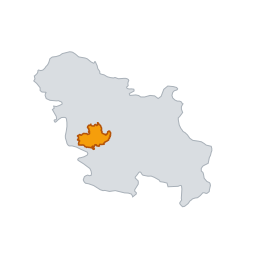 Republic of Serbia, with Kolubarski highlighted, rotated 339°
{"feature_id": "SRB-837", "entity_name": "Kolubarski", "entity_type": "District", "adm_level": 1, "iso_a3": "SRB", "parent_name": "Republic of Serbia", "parent_adm1": "", "projection": "orthographic", "projection_center": [19.93, 44.309], "detail": "fine", "context": "in_parent", "style": "filled", "palette": "amber", "viewbox_px": 256, "rotation_deg": 339, "n_neighbors": 0, "source": "natural_earth", "source_scale": "10m", "svg_char_len": 7614}
<svg xmlns="http://www.w3.org/2000/svg" viewBox="0 0 256 256"><g transform="rotate(339 128 128)"><path d="M141.5,98.3L147.1,99.9L149.6,101.5L151.0,103.6L154.6,105.0L160.3,105.5L164.4,107.6L166.7,111.3L170.3,110.3L175.3,104.7L180.2,103.1L185.2,105.6L187.9,107.6L188.4,109.3L187.3,110.0L184.6,109.8L182.4,110.9L180.7,113.4L180.5,116.0L181.8,118.7L183.6,120.5L185.9,121.5L187.2,122.9L187.4,124.7L188.0,125.2L186.7,126.1L185.4,127.4L184.6,129.6L184.6,133.1L180.2,135.9L178.6,136.5L177.9,138.3L176.9,143.5L177.2,147.3L177.8,149.3L178.1,150.9L179.6,152.8L181.0,155.7L182.0,159.7L184.0,162.7L189.1,165.6L191.6,167.2L193.5,169.7L194.9,172.0L199.1,174.9L198.9,177.1L198.1,179.3L197.1,180.3L195.2,183.1L193.3,184.8L190.2,189.7L185.0,190.2L183.8,190.6L181.9,192.0L181.0,194.4L182.0,196.3L181.9,198.3L181.1,202.2L182.5,206.2L184.4,208.1L184.7,209.1L184.4,211.1L181.8,215.0L181.0,216.5L178.3,217.3L177.4,217.0L175.9,215.7L174.6,215.3L171.3,217.0L168.0,218.0L165.4,217.4L162.8,217.3L161.0,218.0L159.7,218.3L157.0,220.1L152.8,221.4L150.8,221.1L150.0,219.6L149.2,217.3L149.6,216.3L152.3,214.4L152.6,212.7L156.4,204.4L157.1,201.7L157.1,200.9L156.1,200.3L153.9,200.4L144.3,197.2L144.7,193.4L141.9,191.4L138.8,189.6L138.3,187.6L134.9,183.5L132.4,181.2L129.3,180.1L126.6,178.4L125.0,177.4L124.2,175.5L124.2,174.3L123.4,173.2L122.1,173.4L119.9,174.9L117.3,176.3L116.8,177.2L117.8,179.5L118.5,181.0L118.2,182.3L117.4,184.1L112.2,188.0L111.6,189.4L112.6,191.5L112.0,192.6L107.7,194.0L107.8,192.8L107.5,190.9L105.0,188.9L101.5,187.3L93.7,181.9L90.7,181.2L88.0,180.6L84.1,178.0L82.2,177.5L80.0,175.7L75.3,169.4L71.3,166.0L68.5,164.3L67.8,162.6L67.6,160.9L67.7,160.3L69.8,157.9L71.4,157.5L73.5,157.5L74.8,158.7L76.6,159.0L77.6,157.4L78.1,155.1L77.9,152.2L73.7,145.5L70.1,140.7L69.6,139.7L70.4,138.8L71.7,138.4L73.1,138.8L76.7,139.1L80.1,138.7L81.3,137.6L81.3,136.0L80.0,134.6L76.1,130.7L73.0,127.3L69.3,124.6L66.6,123.6L65.8,122.2L65.5,120.8L65.8,118.2L66.0,114.9L66.7,112.8L69.2,108.9L71.5,104.8L73.0,100.8L73.8,97.1L73.5,96.0L72.3,95.2L69.7,94.4L66.2,95.1L63.1,96.4L62.0,96.5L61.6,94.8L62.1,94.1L63.0,94.2L63.8,94.5L64.6,93.8L65.2,91.5L64.0,83.7L66.2,83.1L66.3,81.9L66.5,80.9L68.8,82.3L72.1,82.4L74.9,82.1L75.4,81.3L75.3,80.2L74.8,79.4L73.8,78.6L73.0,77.6L71.1,77.1L65.1,74.2L62.2,71.2L62.3,68.0L63.2,66.3L64.2,65.7L63.9,65.1L60.6,63.6L59.4,61.6L60.4,58.9L58.7,53.6L56.9,50.3L58.7,48.9L59.0,46.9L59.2,45.8L59.9,45.8L62.8,44.5L63.9,43.4L64.5,42.1L65.2,41.8L67.2,43.2L69.2,43.4L71.6,42.5L73.3,41.3L75.4,40.3L76.3,39.6L77.5,38.5L80.0,35.3L82.7,34.6L86.4,35.5L90.3,35.8L93.3,35.0L100.8,35.9L102.4,36.7L103.5,37.5L105.5,40.3L107.4,43.9L110.0,45.5L113.2,47.4L114.8,48.9L117.2,53.1L119.1,55.2L119.7,55.1L120.4,54.6L120.8,54.1L121.3,54.5L121.3,55.8L121.5,58.7L121.1,61.8L121.8,64.7L121.8,65.6L121.3,66.4L121.4,67.2L122.1,68.0L124.7,69.8L127.1,72.8L129.9,74.8L132.4,76.1L134.0,76.2L136.7,78.6L142.0,80.2L143.6,80.8L144.8,81.7L145.7,82.9L145.7,84.1L144.9,84.7L143.8,86.4L143.4,88.4L142.6,88.9L141.8,89.0L141.2,89.6L141.3,90.4L142.0,91.3L143.1,92.0L145.2,92.7L147.3,93.8L147.3,94.6L146.9,95.6L144.3,96.0L142.3,96.2L141.4,96.6L141.5,98.3Z" fill="#d9dde1" stroke="#a8b0b8" stroke-width="1"/><path d="M86.2,133.0L85.9,132.9L85.6,132.6L85.4,132.4L85.1,132.3L84.9,132.3L84.4,132.1L84.1,131.8L83.9,131.6L83.5,131.4L83.2,131.3L83.0,131.2L82.8,131.2L82.5,131.3L82.4,131.2L82.2,131.0L82.0,130.5L81.7,130.2L81.3,130.0L81.2,130.0L81.0,129.3L81.0,129.2L80.6,128.3L80.5,128.2L80.4,128.1L80.0,127.9L79.9,127.8L79.6,127.6L79.4,127.5L79.1,127.5L78.9,127.5L78.6,127.4L78.3,127.1L78.2,127.0L77.7,126.9L77.2,126.8L77.0,126.7L76.7,126.5L76.5,126.4L76.1,126.1L75.9,126.0L76.0,125.8L76.1,125.5L76.1,125.4L76.1,125.1L76.2,124.8L76.6,124.5L76.7,124.4L76.8,123.9L77.1,123.4L77.4,123.2L77.8,123.1L78.1,122.9L78.2,122.7L78.2,122.4L77.8,121.6L77.7,121.5L77.3,121.6L77.1,121.6L76.9,121.4L76.8,121.2L76.7,121.0L76.8,120.9L76.9,120.7L77.0,120.5L77.6,120.5L77.8,120.4L78.0,120.2L78.2,119.7L78.3,119.5L78.5,118.9L78.4,118.5L78.5,118.4L78.6,118.2L78.6,117.9L78.1,117.7L78.0,117.4L78.2,117.2L78.4,117.1L78.8,117.1L79.2,117.2L79.5,117.1L79.9,116.9L80.6,116.8L81.1,117.2L81.1,117.3L81.2,117.6L81.4,117.8L81.6,117.9L81.8,118.0L82.0,118.0L82.3,117.9L82.5,117.8L82.9,117.6L83.2,117.4L83.7,117.4L84.2,117.2L84.4,117.2L84.7,117.2L86.5,118.1L87.2,118.3L87.4,118.4L87.6,118.6L87.8,119.0L87.8,119.5L88.0,119.6L88.3,119.6L89.5,119.6L89.9,119.6L90.0,119.5L90.1,119.2L90.4,118.8L90.1,118.3L89.7,117.8L89.7,117.7L89.8,117.4L90.1,117.3L90.3,117.2L90.7,117.4L90.8,117.4L90.9,117.1L90.9,116.5L90.9,116.3L90.8,116.2L90.7,115.8L90.6,115.6L91.0,115.2L91.1,114.8L91.1,114.6L90.8,114.2L90.7,114.0L90.7,113.9L90.7,113.5L90.7,113.4L90.5,113.2L90.4,113.1L90.5,112.8L90.6,112.6L90.9,112.2L91.0,112.1L91.4,112.0L91.9,111.6L92.1,111.5L92.2,111.4L92.4,111.5L92.6,111.6L93.0,111.8L93.3,111.7L93.9,111.5L94.2,111.3L94.3,111.2L94.6,111.2L94.6,111.4L94.4,111.5L94.4,111.9L94.4,112.1L94.5,112.4L94.7,112.6L94.9,112.9L95.1,113.1L95.4,113.3L96.0,113.5L96.4,113.7L96.7,113.8L96.9,113.9L97.1,113.9L97.3,113.9L97.5,113.8L97.6,113.7L97.8,113.4L97.9,113.2L98.1,113.1L98.3,113.0L98.6,113.0L98.8,113.0L99.0,113.1L99.1,113.3L99.3,113.7L99.5,113.9L99.7,114.3L99.8,114.5L100.0,114.5L100.5,114.2L100.8,113.9L100.9,113.5L101.3,113.1L101.3,112.9L101.3,112.6L101.4,112.4L101.5,112.2L101.8,112.3L102.0,112.6L102.0,112.9L102.1,113.3L102.3,113.7L102.3,113.8L102.2,114.5L102.3,114.7L102.7,115.0L103.0,115.3L103.1,115.8L103.2,116.2L103.3,116.6L103.2,116.8L103.1,117.2L103.1,117.4L103.1,117.5L103.2,117.8L103.3,118.2L103.3,118.4L103.2,118.7L103.1,119.0L103.0,119.4L102.9,119.7L102.7,119.9L102.5,120.0L102.4,120.2L102.3,120.3L102.4,120.5L102.1,120.8L102.1,121.0L102.4,121.6L102.5,121.8L102.4,122.0L102.1,122.5L101.9,122.9L101.9,123.0L102.0,123.1L102.1,123.4L102.6,124.2L102.8,124.5L103.3,124.9L104.1,125.6L104.1,125.8L104.3,126.2L104.4,126.3L104.6,126.5L104.8,126.6L105.1,126.6L105.3,126.5L105.3,126.4L105.3,126.1L105.3,125.9L105.5,125.9L106.0,126.1L106.4,126.1L106.6,125.9L106.9,125.5L107.3,125.2L107.4,124.9L107.5,124.6L107.6,124.4L107.9,124.2L108.2,124.2L108.5,124.2L108.8,124.0L109.2,124.1L109.4,124.2L109.6,124.3L109.7,124.5L109.8,124.6L109.7,125.0L109.8,125.4L109.9,125.7L110.0,125.9L110.0,126.0L110.0,126.5L109.6,127.2L109.4,127.5L109.2,128.2L109.2,128.3L108.6,128.4L108.5,128.5L108.4,128.8L108.4,129.0L108.4,129.3L108.4,129.6L108.2,129.8L107.8,129.8L107.6,129.8L107.4,129.9L107.2,130.1L107.1,130.3L107.1,130.6L107.1,130.8L106.8,131.1L106.4,131.2L105.8,131.6L105.6,131.8L105.5,132.1L105.4,132.2L105.4,132.3L105.1,132.4L104.5,132.4L104.2,132.4L104.1,132.5L103.7,132.7L103.4,132.8L103.2,132.8L102.8,132.7L102.7,132.7L102.3,132.8L101.8,132.7L101.6,132.8L101.4,132.9L101.3,133.0L101.1,133.3L100.9,133.4L100.7,133.4L100.0,133.5L99.9,133.6L99.8,133.8L99.8,134.0L99.9,134.4L99.9,134.5L99.7,134.6L99.2,134.4L98.8,134.3L98.4,134.1L98.1,134.1L97.7,134.1L96.8,133.5L96.7,133.5L96.3,133.5L96.1,133.4L95.9,133.2L95.3,133.6L95.0,133.8L94.9,134.0L94.8,134.5L94.4,134.4L94.0,134.4L93.8,134.3L93.6,134.1L93.3,134.0L93.1,133.8L92.8,133.7L92.5,133.5L92.4,133.3L92.3,133.1L92.3,132.9L92.4,132.7L92.5,132.6L92.4,132.3L92.2,132.2L91.9,132.0L91.7,132.0L91.0,131.9L90.9,131.9L90.8,132.0L90.7,132.1L90.6,132.4L90.6,132.5L90.1,132.8L89.8,133.1L89.7,133.1L89.1,132.8L89.0,132.7L88.8,132.5L88.6,132.4L88.3,132.3L88.0,132.5L87.8,132.6L87.8,132.8L88.1,133.0L88.5,133.3L88.7,133.6L88.9,134.1L89.1,134.6L89.1,134.9L89.1,135.1L89.1,135.4L89.0,135.5L88.9,135.6L88.7,135.6L88.2,135.6L87.9,135.4L87.9,135.0L87.9,134.9L87.8,134.7L87.7,134.5L87.4,134.2L87.3,133.8L87.2,133.7L86.9,133.4L86.7,133.1L86.2,133.0Z" fill="#f59e0b" stroke="#b45309" stroke-width="1.5"/></g></svg>